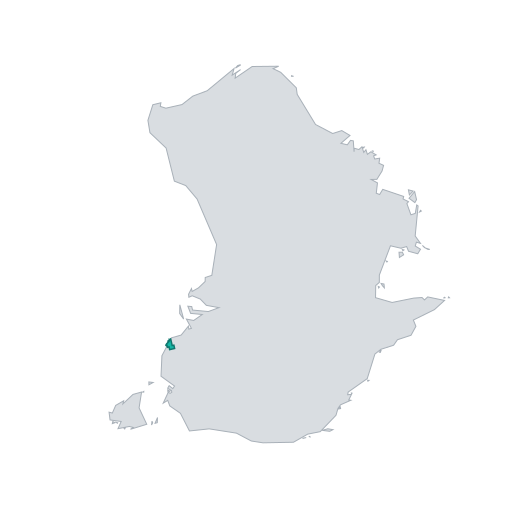 Wattle Range, South Australia, Australia (highlighted), rotated 77°
{"feature_id": "25037944B1081142143908", "entity_name": "Wattle Range", "entity_type": "district", "adm_level": 2, "iso_a3": "AUS", "parent_name": "Australia", "parent_adm1": "South Australia", "projection": "mercator", "projection_center": [140.154, -37.508], "detail": "fine", "context": "in_parent", "style": "filled", "palette": "teal", "viewbox_px": 512, "rotation_deg": 77, "n_neighbors": 0, "source": "geoboundaries", "source_scale": "gbopen_adm2", "svg_char_len": 4849}
<svg xmlns="http://www.w3.org/2000/svg" viewBox="0 0 512 512"><g transform="rotate(77 256 256)"><path d="M348.4,94.2L353.8,117.1L360.5,116.0L368.1,122.8L369.4,137.0L373.9,142.0L375.0,155.3L378.3,162.2L400.5,175.2L409.3,196.8L411.8,197.9L412.3,194.1L417.1,198.0L417.9,196.1L420.0,207.1L422.9,210.4L429.2,213.9L441.6,232.9L441.2,245.7L445.9,261.4L439.6,291.2L435.2,302.2L424.2,314.9L413.9,340.5L411.5,360.2L392.3,365.0L382.7,373.7L376.8,374.5L378.5,379.5L369.1,372.2L370.5,370.5L369.8,368.7L368.1,368.6L365.0,371.8L362.8,369.8L366.5,366.9L364.4,364.6L351.8,375.6L332.0,370.1L316.7,356.9L316.2,346.7L309.1,337.6L312.1,337.9L312.0,335.2L301.8,338.0L304.8,331.2L300.9,321.5L297.2,332.6L289.6,333.7L290.8,330.0L294.4,330.0L299.4,314.9L298.0,303.7L292.9,315.5L285.4,320.0L280.4,327.1L281.1,330.7L278.1,330.3L273.2,326.2L276.2,326.2L274.1,319.2L269.4,311.3L265.5,310.3L264.9,303.4L236.0,291.8L187.2,300.6L171.6,308.6L164.7,318.7L130.6,319.3L112.0,331.6L99.5,330.8L85.4,322.5L85.3,314.2L88.7,315.6L91.7,310.6L91.8,294.0L86.0,281.6L84.0,266.4L68.4,235.2L74.4,238.5L70.9,229.1L73.4,234.6L78.0,236.3L70.5,217.1L76.2,191.2L77.3,197.2L82.6,190.6L101.2,178.9L107.8,179.5L141.3,168.4L153.9,153.7L153.1,144.2L159.7,137.3L165.3,147.9L168.2,142.0L164.6,137.9L165.7,135.3L176.5,137.0L173.1,136.0L175.4,131.8L173.4,128.2L179.3,127.7L177.2,125.0L182.0,124.6L180.3,120.6L184.5,116.2L184.9,118.9L188.2,118.5L188.5,113.5L193.3,115.3L196.4,111.3L201.6,114.1L208.5,121.0L207.3,126.6L212.1,121.2L221.9,124.7L223.9,121.7L219.6,117.5L231.2,98.7L233.5,99.9L237.4,95.2L238.8,97.2L250.7,95.8L250.3,91.2L242.4,87.9L243.7,86.8L272.3,96.4L280.7,92.9L278.6,96.6L282.1,98.6L286.4,94.2L290.2,97.9L285.7,106.3L280.7,107.1L281.0,113.1L276.3,122.7L302.3,140.1L309.5,141.8L311.7,146.0L323.5,148.9L331.9,133.8L332.5,111.8L333.8,103.6L336.7,101.7L334.5,97.9L341.7,82.3L348.4,94.2ZM362.8,398.1L377.7,404.1L395.4,400.3L396.6,417.3L395.4,414.2L393.6,417.8L393.2,429.3L386.9,424.6L382.9,435.1L375.1,434.3L376.7,431.3L370.0,426.3L367.3,417.5L370.2,419.0L363.2,407.0L362.8,398.1ZM228.9,86.9L237.2,86.9L239.7,89.2L234.2,93.9L228.9,86.9ZM286.4,341.2L301.2,340.7L294.9,343.3L286.4,341.2ZM288.0,111.9L289.7,116.6L284.5,115.8L285.3,112.5L288.0,111.9ZM440.8,230.7L440.5,224.9L442.5,220.1L443.4,223.6L440.8,230.7ZM391.2,388.3L396.2,389.7L396.3,392.0L391.2,388.3ZM228.1,88.3L231.0,92.8L225.8,92.6L228.1,88.3ZM357.4,389.3L354.6,388.7L356.1,384.7L357.4,389.3ZM315.9,138.1L313.4,139.5L310.9,140.3L312.1,137.6L315.9,138.1ZM68.3,233.8L66.3,231.0L66.1,228.4L66.5,228.3L68.3,233.8ZM395.3,394.2L397.2,395.8L393.5,394.5L395.3,394.2ZM421.7,207.9L423.7,207.9L423.6,210.4L421.7,207.9ZM375.7,155.1L377.9,156.5L377.5,157.4L375.7,155.1ZM386.7,430.8L387.0,433.7L385.1,432.8L386.7,430.8ZM444.2,247.9L444.3,251.2L444.1,251.1L444.2,247.9ZM249.9,86.7L248.5,85.4L249.4,84.8L249.9,86.7ZM288.3,86.9L286.3,89.2L288.7,85.2L288.3,86.9ZM444.5,244.1L443.5,245.1L444.1,244.0L444.5,244.1ZM291.3,129.8L290.2,130.3L290.8,129.2L291.3,129.8ZM283.9,111.7L282.5,112.0L283.4,110.5L283.9,111.7ZM89.4,179.0L88.9,181.0L88.3,180.8L89.4,179.0ZM339.2,81.2L339.2,82.8L338.6,81.6L339.2,81.2ZM368.2,369.6L368.5,370.8L368.0,370.4L368.2,369.6ZM285.8,89.9L283.1,91.5L285.9,89.5L285.8,89.9ZM180.5,118.3L179.5,119.5L180.2,118.1L180.5,118.3ZM387.8,428.8L386.8,429.3L387.4,428.3L387.8,428.8ZM314.7,143.7L313.2,143.7L314.0,142.7L314.7,143.7ZM175.0,126.8L174.2,127.5L174.2,126.0L175.0,126.8ZM395.0,422.8L393.7,423.6L394.1,422.1L395.0,422.8ZM340.2,76.9L340.0,78.0L339.2,77.5L340.2,76.9ZM367.4,371.3L368.7,372.4L366.6,372.1L367.4,371.3ZM403.2,175.1L402.2,175.2L402.6,173.9L403.2,175.1ZM411.4,193.9L410.9,193.9L411.3,192.9L411.4,193.9ZM363.4,396.0L363.1,397.1L362.7,395.8L363.4,396.0Z" fill="#d9dde1" stroke="#a8b0b8" stroke-width="1"/><path d="M327.8,359.5L327.8,357.7L327.8,356.7L327.8,356.4L327.8,356.1L326.1,356.1L324.4,356.1L324.4,357.7L324.4,357.8L323.2,357.8L321.9,357.8L319.3,357.8L317.6,357.8L317.5,358.0L317.6,358.3L317.7,358.5L317.8,358.5L318.0,358.7L318.0,358.8L318.1,359.0L318.3,359.1L318.2,359.2L318.3,359.2L318.2,359.2L318.3,359.2L318.4,359.3L318.5,359.4L318.5,359.5L318.5,359.4L318.5,359.5L318.5,359.4L318.5,359.5L318.7,359.8L318.7,359.7L318.7,359.8L318.8,359.8L318.9,359.7L319.0,359.6L319.3,359.7L319.4,359.8L319.5,360.0L319.8,360.2L319.9,360.3L320.0,360.5L319.9,360.5L319.7,360.7L319.8,360.7L319.8,360.8L320.0,360.9L320.0,361.0L320.3,361.2L320.4,361.3L320.5,361.4L320.5,361.5L320.8,361.7L320.8,361.8L320.9,362.0L321.0,362.1L321.1,362.3L321.3,362.5L321.4,362.8L321.5,362.8L322.1,362.9L322.2,363.0L322.3,363.1L322.3,363.3L322.3,363.5L322.4,363.8L322.5,363.9L322.8,363.8L323.0,363.8L323.1,363.7L323.1,363.3L323.2,362.9L324.4,362.9L324.4,362.7L324.5,362.7L325.1,362.7L325.1,362.4L325.1,362.2L325.0,361.8L325.0,361.7L325.0,361.4L325.0,361.2L325.7,361.2L326.1,361.2L327.8,361.2L327.8,359.5Z" fill="#14b8a6" stroke="#0f766e" stroke-width="1.5"/></g></svg>